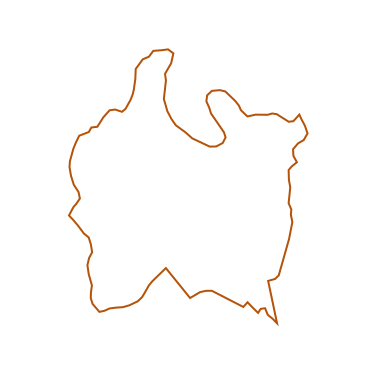 outline of Salto Grande, São Paulo, Brazil, rotated 168°
{"feature_id": "56859067B35087059302473", "entity_name": "Salto Grande", "entity_type": "district", "adm_level": 2, "iso_a3": "BRA", "parent_name": "Brazil", "parent_adm1": "São Paulo", "projection": "natural_earth1", "projection_center": [-49.963, -22.873], "detail": "fine", "context": "isolated", "style": "outline", "palette": "amber", "viewbox_px": 384, "rotation_deg": 168, "n_neighbors": 0, "source": "geoboundaries", "source_scale": "gbopen_adm2", "svg_char_len": 1621}
<svg xmlns="http://www.w3.org/2000/svg" viewBox="0 0 384 384"><g transform="rotate(168 192 192)"><path d="M70.9,245.4L78.1,240.2L82.8,240.6L92.9,250.5L97.2,252.1L102.0,251.8L113.5,254.4L122.1,254.4L127.1,261.8L128.2,266.9L130.8,272.1L138.5,283.4L143.4,285.8L151.5,286.8L157.1,283.4L159.1,277.7L157.6,270.8L157.1,264.9L151.1,250.5L148.3,243.6L147.8,238.4L151.8,233.5L158.9,231.5L165.2,232.7L180.6,244.4L185.8,251.5L194.0,260.7L196.9,267.6L199.3,276.1L200.2,288.8L194.3,306.5L193.8,313.2L185.6,322.3L181.4,331.5L185.8,336.5L192.3,337.0L200.5,338.1L206.0,333.3L212.6,332.0L221.5,324.0L223.9,314.4L227.6,304.3L229.7,299.8L233.1,294.7L239.8,287.1L243.8,285.0L250.2,288.7L255.7,289.0L263.3,283.4L271.0,275.5L277.0,276.0L280.5,272.1L290.6,270.5L295.3,264.5L299.1,258.9L305.0,247.5L306.6,242.0L307.0,233.0L306.1,223.6L303.0,215.6L303.0,209.0L307.4,204.7L311.1,201.9L317.2,194.6L313.9,189.2L310.4,182.6L306.4,173.9L302.5,169.0L301.8,161.6L302.2,153.8L306.4,148.8L309.5,142.2L310.1,133.0L309.3,121.5L311.7,114.9L313.1,109.3L312.5,103.2L307.5,94.0L302.5,94.0L296.7,95.2L290.3,94.7L283.6,93.7L276.8,94.2L267.7,96.4L262.6,99.6L258.7,103.8L253.5,109.7L249.4,112.9L244.4,116.1L233.4,123.0L215.9,88.7L204.9,92.4L198.8,92.4L193.2,91.3L165.7,68.9L160.6,72.6L156.4,65.9L152.5,60.0L149.1,63.4L144.7,63.1L143.4,56.0L139.6,51.4L136.1,45.9L136.0,89.2L128.8,89.7L124.5,92.4L106.9,125.7L100.1,141.7L100.0,149.3L98.5,154.2L99.8,161.0L97.3,168.7L94.9,176.3L94.7,183.7L92.9,193.4L89.1,196.3L83.2,199.3L85.3,206.2L84.3,212.8L78.2,217.5L71.9,219.6L66.8,225.3L67.8,233.5L69.7,239.9L70.9,245.4Z" fill="none" stroke="#b45309" stroke-width="2"/></g></svg>